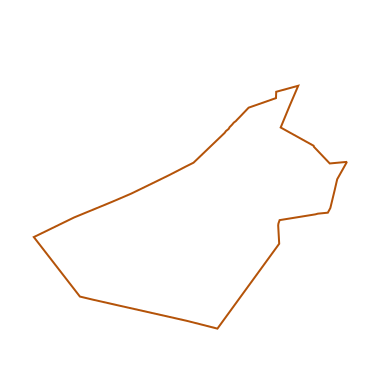 Boutilimitt, Trarza, Mauritania (orthographic projection), rotated 193°
{"feature_id": "47542326B79459539986617", "entity_name": "Boutilimitt", "entity_type": "district", "adm_level": 2, "iso_a3": "MRT", "parent_name": "Mauritania", "parent_adm1": "Trarza", "projection": "orthographic", "projection_center": [-14.406, 17.884], "detail": "fine", "context": "isolated", "style": "outline", "palette": "amber", "viewbox_px": 384, "rotation_deg": 193, "n_neighbors": 0, "source": "geoboundaries", "source_scale": "gbopen_adm2", "svg_char_len": 688}
<svg xmlns="http://www.w3.org/2000/svg" viewBox="0 0 384 384"><g transform="rotate(193 192 192)"><path d="M136.5,64.6L95.4,161.2L100.5,178.8L100.7,180.7L100.3,184.3L66.7,198.0L64.5,199.2L55.0,202.4L53.6,207.5L53.4,225.9L53.4,237.1L48.0,255.5L48.4,256.0L64.2,250.8L83.3,263.4L83.9,264.4L120.1,274.8L116.3,297.7L112.4,319.4L120.2,315.2L132.5,308.6L131.3,302.4L155.8,286.9L162.6,275.4L164.5,272.3L165.2,271.0L166.9,269.0L168.1,266.6L169.2,264.8L169.9,263.7L170.5,261.7L172.7,258.9L173.4,257.1L197.1,220.9L203.9,215.3L218.3,203.1L250.8,176.8L268.3,164.0L301.1,140.7L336.0,112.5L277.7,64.9L263.9,64.8L239.9,64.9L168.3,65.3L136.5,64.6Z" fill="none" stroke="#b45309" stroke-width="2"/></g></svg>